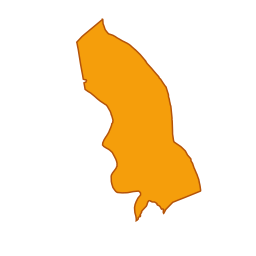 Jimara, Upper River, Gambia (Mercator projection), rotated 223°
{"feature_id": "56634734B42913132832661", "entity_name": "Jimara", "entity_type": "district", "adm_level": 2, "iso_a3": "GMB", "parent_name": "Gambia", "parent_adm1": "Upper River", "projection": "mercator", "projection_center": [-14.409, 13.327], "detail": "fine", "context": "isolated", "style": "filled", "palette": "amber", "viewbox_px": 256, "rotation_deg": 223, "n_neighbors": 0, "source": "geoboundaries", "source_scale": "gbopen_adm2", "svg_char_len": 3079}
<svg xmlns="http://www.w3.org/2000/svg" viewBox="0 0 256 256"><g transform="rotate(223 128 128)"><path d="M185.7,127.0L182.0,127.5L179.4,128.1L174.6,128.4L170.1,128.5L166.4,128.8L162.3,129.5L161.5,129.6L159.5,130.0L157.6,129.7L155.8,129.1L152.2,128.0L149.5,126.6L149.4,126.3L148.4,126.0L147.2,125.3L145.1,124.0L144.2,123.4L143.7,122.6L142.8,121.5L142.8,120.2L141.9,118.8L140.7,116.0L140.3,114.8L139.2,111.9L138.7,109.8L138.1,106.8L138.1,106.1L137.7,104.5L137.5,103.3L136.9,101.6L136.3,99.9L135.0,98.2L134.4,98.2L133.2,98.0L130.5,98.5L128.1,99.1L126.3,99.4L124.1,99.4L122.8,99.4L118.4,97.9L115.4,96.8L114.7,96.4L113.7,95.9L111.8,94.6L110.8,93.4L110.5,93.1L109.9,92.6L109.8,91.6L109.3,90.6L109.0,88.3L108.6,84.5L108.0,82.2L107.2,81.0L103.7,77.5L101.6,76.0L101.2,75.8L98.4,74.2L96.2,73.7L93.9,73.3L92.6,73.4L91.7,73.7L88.9,75.9L88.0,76.6L84.8,79.8L83.9,80.8L82.1,83.3L80.7,85.2L78.3,87.9L77.4,88.9L77.3,89.0L76.5,89.2L76.1,89.2L75.4,89.2L74.5,89.0L73.9,88.4L73.7,88.2L73.1,87.5L73.0,84.8L72.9,83.6L71.9,80.0L70.7,77.0L68.9,74.2L67.1,72.5L65.2,70.8L62.1,68.9L59.9,67.1L58.8,65.8L58.5,66.8L58.5,68.5L59.4,69.5L59.3,70.1L59.2,70.5L59.1,70.9L59.0,71.3L58.7,71.6L58.9,72.3L59.1,72.3L59.8,72.3L59.9,73.0L60.7,75.9L61.1,76.0L61.3,77.1L61.3,80.1L61.3,83.3L61.8,84.9L62.3,85.7L63.1,87.7L63.1,89.1L62.9,89.3L62.2,89.9L61.4,89.9L61.1,90.2L60.4,90.2L59.5,90.7L58.1,92.0L55.3,92.5L54.6,91.8L53.9,91.8L52.1,92.4L51.0,92.4L48.2,91.5L47.4,92.4L47.2,92.6L46.3,92.6L45.9,91.7L44.5,90.2L44.3,90.1L43.7,89.9L43.7,90.2L44.8,94.2L44.6,104.2L42.3,109.2L39.9,114.2L37.1,120.2L32.7,129.7L32.0,131.3L32.4,132.0L35.6,134.6L37.1,135.7L38.6,136.7L38.8,136.9L39.4,137.3L41.2,138.6L42.4,139.2L43.8,139.9L45.6,140.9L47.3,141.6L47.8,141.8L48.4,142.1L51.8,143.6L52.4,143.8L56.6,146.1L59.4,146.9L60.4,147.8L61.1,148.3L61.3,148.3L62.0,148.4L66.0,148.8L70.4,150.3L73.9,150.4L76.7,150.4L84.5,149.2L85.6,149.5L87.3,150.8L88.8,152.0L91.3,154.0L94.2,157.0L95.1,157.9L100.6,163.4L101.8,164.3L102.3,165.0L103.4,166.0L109.3,171.2L111.6,173.2L112.8,173.8L114.6,175.1L115.7,175.8L117.6,177.3L119.6,178.4L120.8,179.6L121.4,180.1L123.6,181.3L128.1,183.9L129.9,184.1L130.7,184.3L132.0,184.6L132.9,184.8L137.4,185.9L139.2,185.9L140.6,186.5L144.1,186.8L147.8,187.2L150.9,187.6L158.1,188.2L160.4,188.8L160.7,188.8L160.7,189.0L169.0,190.0L176.3,190.2L176.5,190.0L177.7,190.1L180.0,190.0L180.3,190.0L181.3,190.0L182.2,190.0L182.9,190.0L183.2,189.9L184.5,189.8L185.4,189.6L185.7,189.5L185.9,189.5L186.0,189.5L187.1,189.2L187.4,189.1L187.7,189.0L189.5,188.5L190.4,188.2L191.4,187.9L198.3,186.3L199.1,186.3L202.3,185.5L206.5,183.6L207.5,183.7L208.5,183.8L211.0,184.2L211.4,184.3L211.7,184.3L216.0,186.6L217.3,187.2L220.5,190.2L220.8,190.1L220.7,190.0L221.4,184.4L222.3,177.2L222.5,175.7L222.6,175.0L222.9,172.7L222.9,172.4L223.6,167.2L224.0,163.4L224.0,155.8L223.6,155.6L220.6,153.4L217.8,151.4L210.9,146.0L205.9,142.1L201.2,138.6L197.5,135.9L196.6,135.2L194.8,133.8L194.0,133.2L192.7,133.8L191.6,134.6L190.7,134.4L190.1,132.7L190.7,131.7L191.0,131.0L189.8,130.1L185.7,127.0Z" fill="#f59e0b" stroke="#b45309" stroke-width="1.5"/></g></svg>